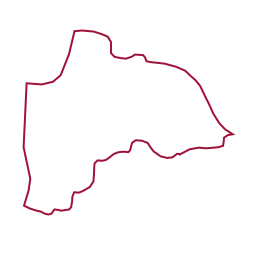 the border of Resen, rotated 95°
{"feature_id": "MKD-2894", "entity_name": "Resen", "entity_type": "Statistical Region", "adm_level": 1, "iso_a3": "MKD", "parent_name": "North Macedonia", "parent_adm1": "", "projection": "albers", "projection_center": [21.045, 41.032], "detail": "fine", "context": "isolated", "style": "outline", "palette": "rose", "viewbox_px": 256, "rotation_deg": 95, "n_neighbors": 0, "source": "natural_earth", "source_scale": "10m", "svg_char_len": 1264}
<svg xmlns="http://www.w3.org/2000/svg" viewBox="0 0 256 256"><g transform="rotate(95 128 128)"><path d="M92.3,232.9L92.1,217.6L88.5,206.8L81.3,199.7L59.6,193.2L36.6,189.8L36.3,189.9L36.2,189.8L35.6,186.1L34.9,182.6L34.9,177.3L34.9,170.7L36.6,163.0L38.7,156.3L43.7,152.5L50.3,151.8L54.8,151.5L58.3,147.6L59.0,141.3L59.1,136.1L56.7,130.5L54.3,127.6L54.1,122.4L54.1,119.3L56.2,117.2L59.9,115.4L60.4,110.9L60.5,104.9L60.7,97.2L62.9,85.0L66.0,75.9L70.3,70.6L74.7,64.7L79.8,59.8L89.8,53.9L97.2,49.3L106.1,44.4L115.3,37.4L120.6,31.5L124.6,24.1L125.1,23.1L126.4,28.0L129.3,31.5L133.3,31.5L137.5,31.8L139.3,36.4L141.4,48.3L141.4,55.6L143.8,64.7L148.3,71.7L149.6,73.7L149.4,73.7L149.4,76.8L153.4,81.2L154.4,86.4L153.4,93.0L149.1,100.4L144.8,104.4L141.2,107.0L139.5,112.7L139.5,119.2L142.5,122.7L150.1,124.0L152.0,125.6L152.0,130.9L153.1,135.8L155.2,140.0L158.9,143.8L161.8,147.3L162.9,150.8L162.9,155.4L166.1,158.2L170.8,158.2L178.2,157.8L184.3,157.8L190.1,160.9L194.8,167.6L196.7,171.4L196.7,176.0L201.2,177.4L205.7,177.3L211.8,177.7L214.2,179.4L216.1,186.8L215.5,194.1L220.1,196.9L221.1,199.7L220.6,203.6L219.0,207.1L218.0,213.4L216.4,220.0L215.9,220.8L214.5,224.8L198.5,221.5L187.1,220.9L156.3,230.3L92.3,232.9Z" fill="none" stroke="#9f1239" stroke-width="2"/></g></svg>